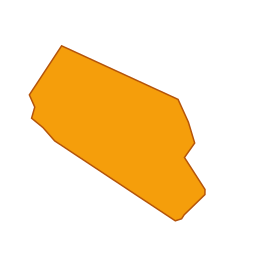 Vance, North Carolina, United States of America, rotated 304°
{"feature_id": "52423323B47180624843803", "entity_name": "Vance", "entity_type": "district", "adm_level": 2, "iso_a3": "USA", "parent_name": "United States of America", "parent_adm1": "North Carolina", "projection": "robinson", "projection_center": [-78.426, 36.354], "detail": "fine", "context": "isolated", "style": "filled", "palette": "amber", "viewbox_px": 256, "rotation_deg": 304, "n_neighbors": 0, "source": "geoboundaries", "source_scale": "gbopen_adm2", "svg_char_len": 382}
<svg xmlns="http://www.w3.org/2000/svg" viewBox="0 0 256 256"><g transform="rotate(304 128 128)"><path d="M159.0,27.0L109.4,27.6L107.2,27.6L100.3,27.7L93.2,39.0L82.2,42.6L80.8,57.3L76.3,74.4L77.1,175.0L77.5,219.1L82.7,223.2L87.5,223.1L115.8,229.0L120.1,226.2L135.1,191.3L152.8,191.7L166.6,174.8L179.7,153.5L159.0,27.0Z" fill="#f59e0b" stroke="#b45309" stroke-width="1.5"/></g></svg>